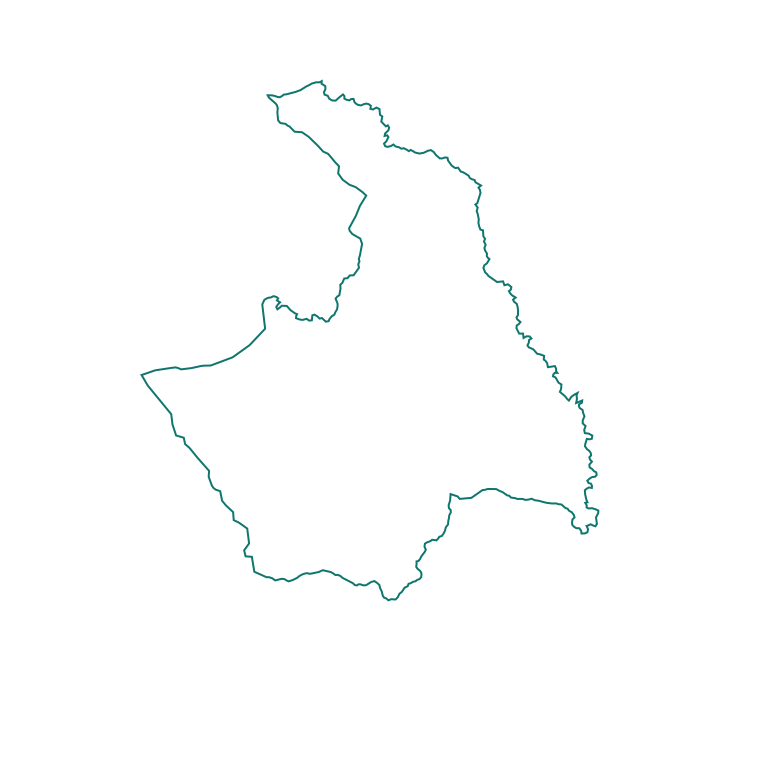 Corguinho, Mato Grosso do Sul, Brazil, rotated 303°
{"feature_id": "56859067B58244822602525", "entity_name": "Corguinho", "entity_type": "district", "adm_level": 2, "iso_a3": "BRA", "parent_name": "Brazil", "parent_adm1": "Mato Grosso do Sul", "projection": "orthographic", "projection_center": [-55.002, -19.811], "detail": "fine", "context": "isolated", "style": "outline", "palette": "teal", "viewbox_px": 768, "rotation_deg": 303, "n_neighbors": 0, "source": "geoboundaries", "source_scale": "gbopen_adm2", "svg_char_len": 6166}
<svg xmlns="http://www.w3.org/2000/svg" viewBox="0 0 768 768"><g transform="rotate(303 384 384)"><path d="M366.2,631.0L368.0,633.8L370.4,635.3L373.3,634.3L375.3,631.2L377.0,632.6L378.9,633.7L379.2,636.4L379.8,638.8L382.6,638.8L387.5,634.5L392.5,633.9L394.6,632.7L394.2,629.8L393.1,626.0L391.1,623.5L390.8,621.2L392.6,620.1L394.0,617.5L395.6,619.1L397.3,616.6L400.9,612.9L404.3,610.3L406.6,611.0L408.9,612.3L410.0,614.9L411.9,613.9L413.1,611.8L412.4,609.4L413.6,607.2L417.1,608.1L419.5,609.4L421.1,611.5L423.6,611.9L425.5,610.1L425.3,607.6L426.1,604.6L426.0,601.9L428.3,600.1L432.1,600.7L432.9,597.8L434.5,596.1L436.9,596.6L438.7,595.0L439.7,592.7L439.9,589.8L441.2,586.5L443.3,585.5L448.4,584.0L449.6,586.6L451.3,588.1L454.2,586.8L453.9,582.7L452.2,579.2L454.5,576.9L458.5,576.0L459.2,572.1L461.7,570.5L466.1,569.7L468.0,567.0L470.4,564.6L470.4,561.4L471.4,559.6L473.2,558.7L476.1,560.2L478.1,559.2L472.7,555.5L476.5,554.0L479.3,551.7L481.9,551.2L478.9,549.5L475.4,548.1L470.8,548.1L471.2,545.7L472.3,542.6L473.2,535.8L476.1,535.3L480.2,533.1L480.2,529.6L482.9,524.3L482.5,521.5L484.4,520.8L486.5,521.2L487.7,523.3L488.6,521.2L490.5,520.1L492.1,517.6L487.4,512.3L490.3,509.5L491.4,506.8L491.5,504.7L494.8,502.9L493.9,498.8L492.8,495.9L494.4,490.3L493.6,485.4L494.5,483.3L497.7,482.9L499.8,481.7L502.5,482.8L503.2,480.2L501.6,477.5L498.6,476.0L502.0,473.1L499.9,469.9L503.0,464.6L505.4,463.5L507.9,464.5L510.3,464.7L510.8,460.5L512.1,458.8L514.5,458.9L518.2,456.7L521.3,454.2L523.5,451.7L523.9,448.1L525.0,446.3L528.2,447.3L528.1,443.2L528.7,440.6L529.9,438.2L532.2,439.0L534.7,438.0L535.1,433.6L532.4,431.2L534.9,428.0L531.1,423.2L531.5,412.8L532.3,410.5L532.7,408.1L535.5,404.1L538.3,403.5L541.2,404.6L546.2,404.4L546.4,402.2L547.4,400.4L549.5,399.3L551.0,396.1L552.8,394.1L556.0,393.5L558.0,390.2L560.8,389.7L561.9,387.0L566.8,383.3L566.0,380.8L568.0,378.0L570.6,375.4L573.6,373.9L577.9,369.7L579.4,367.6L583.0,366.5L584.3,362.9L586.4,363.8L596.7,360.9L599.0,358.8L600.2,356.3L603.3,357.3L603.0,350.8L604.4,349.0L603.5,345.7L603.6,343.5L604.8,341.7L604.7,335.2L604.0,332.5L605.8,328.4L603.9,326.1L604.0,321.9L606.3,316.0L608.3,314.1L607.3,311.8L605.1,310.2L603.6,308.0L604.3,303.0L605.6,299.5L605.7,295.9L603.5,293.8L599.6,291.4L596.6,288.3L595.0,283.8L595.1,281.6L594.8,278.9L592.8,278.0L592.9,275.3L592.5,272.2L590.8,270.4L590.7,267.6L589.5,264.2L590.0,261.5L587.2,260.1L584.7,257.7L584.1,255.5L585.6,253.1L589.0,253.8L593.5,253.2L594.3,251.2L592.4,249.4L594.8,248.5L599.1,249.5L601.8,248.7L603.0,246.3L601.1,245.3L602.6,238.8L607.4,236.9L607.6,234.0L612.1,230.5L611.7,227.1L608.3,225.3L607.3,222.8L610.2,221.4L610.3,218.5L609.5,216.4L607.6,214.6L605.1,213.0L604.0,210.3L603.8,208.1L604.4,205.6L606.5,203.2L605.0,201.2L603.1,200.6L602.0,198.0L601.8,195.3L603.9,194.0L604.5,191.9L600.1,190.4L595.3,189.1L593.6,186.1L593.4,182.8L595.1,179.8L594.3,176.6L596.0,174.7L599.3,174.3L601.9,172.5L601.8,168.1L604.1,166.8L601.8,165.5L600.0,162.7L596.5,159.7L593.8,158.4L591.5,156.9L585.0,153.9L580.6,150.6L573.8,144.4L572.1,142.3L569.8,141.6L567.7,140.4L566.7,138.2L566.2,135.8L565.0,132.7L562.8,129.2L561.5,131.5L560.2,140.4L559.4,142.5L557.3,144.8L553.6,146.7L547.4,151.7L546.4,155.0L548.5,159.6L548.2,162.5L548.5,164.6L546.9,171.6L550.5,178.1L550.3,186.1L547.8,198.8L545.8,206.4L546.6,211.8L543.3,222.6L542.1,227.7L535.6,230.9L532.8,238.1L532.3,246.6L533.7,252.9L533.2,261.6L532.3,266.5L520.2,266.8L510.0,268.8L495.6,269.9L493.9,271.6L492.5,275.7L493.0,284.9L489.6,289.3L478.9,293.7L475.1,294.8L473.5,296.6L470.4,297.2L467.9,299.7L458.7,299.3L456.3,296.1L452.9,295.8L450.8,293.2L446.2,294.0L443.3,293.3L440.5,295.5L434.1,298.2L431.9,297.2L429.2,296.9L426.3,301.1L424.4,302.5L420.9,304.0L417.5,304.1L415.1,304.6L412.4,303.3L409.0,302.9L406.5,303.3L404.6,301.3L405.5,296.0L403.8,294.4L404.4,291.3L404.3,287.9L402.6,286.5L398.1,288.8L396.4,286.7L396.5,283.6L393.3,280.7L392.1,277.9L391.3,274.4L393.0,273.4L395.2,273.1L394.8,270.8L395.0,265.6L396.5,259.9L394.0,255.7L391.3,255.0L388.6,253.9L389.9,251.7L392.8,251.7L395.9,252.3L395.8,248.7L398.2,248.6L398.4,246.3L397.5,243.5L395.0,242.0L393.0,239.7L389.5,237.8L384.4,238.6L365.6,254.2L343.3,250.1L323.9,242.5L305.1,228.6L301.1,222.7L299.2,220.5L292.6,214.0L285.8,205.9L285.3,202.9L284.5,200.3L282.3,197.6L270.9,184.7L259.5,175.8L254.0,186.8L242.8,222.0L234.9,228.6L227.6,237.7L229.9,245.3L225.3,249.9L224.5,255.6L220.5,268.0L215.9,284.6L210.7,287.5L205.1,294.9L204.0,297.4L203.7,300.2L204.9,305.0L197.9,311.8L196.1,317.5L194.4,327.2L188.0,332.1L188.7,337.7L188.3,348.0L176.8,357.7L168.3,357.3L164.1,361.8L167.1,367.3L155.9,377.5L158.0,390.8L159.3,392.6L160.2,396.1L160.0,399.7L165.0,404.4L166.2,407.0L166.1,409.1L166.6,411.6L170.3,414.5L174.5,416.9L176.6,417.5L179.8,419.2L182.1,421.0L183.5,422.6L184.4,425.2L186.1,427.0L190.7,431.6L194.5,434.1L197.3,441.8L197.5,444.8L197.3,447.1L198.8,449.4L199.3,452.2L198.8,454.6L200.0,466.3L199.5,469.1L200.3,471.0L202.2,471.8L203.3,473.7L203.8,476.2L205.4,478.5L211.0,481.1L213.5,483.3L213.4,486.8L212.9,489.6L210.6,492.0L209.1,494.7L205.7,498.4L204.9,500.3L205.4,502.5L205.0,505.5L207.5,507.3L209.6,511.1L212.8,511.7L216.5,511.2L219.4,512.2L224.4,512.2L227.3,514.0L229.8,513.4L231.5,514.9L233.8,516.0L235.7,517.8L237.9,518.6L239.7,520.0L242.2,520.4L244.7,519.2L246.2,517.8L247.0,515.7L247.3,512.7L248.2,510.6L250.7,509.4L252.9,507.9L254.4,509.3L256.7,509.6L259.5,509.2L265.8,509.6L267.8,509.3L269.7,506.5L272.4,505.3L274.8,506.4L277.3,508.4L279.6,509.2L281.4,513.1L283.7,513.6L286.0,513.6L288.1,515.3L291.5,515.4L294.3,515.0L297.4,513.9L301.1,514.2L304.4,512.4L307.0,511.5L309.2,510.3L312.8,509.9L314.6,508.6L315.2,506.2L317.4,504.3L322.3,502.9L327.9,499.8L329.8,506.9L328.9,510.1L336.1,519.3L348.7,524.4L350.3,526.4L352.5,528.2L357.0,535.4L357.3,539.4L357.9,542.1L357.7,548.0L358.5,549.9L357.9,552.3L359.7,556.2L360.3,558.6L363.1,562.8L363.7,565.5L365.5,567.9L368.2,570.3L368.6,573.6L370.4,577.5L372.7,584.6L375.3,590.0L377.6,593.4L378.3,596.0L379.6,598.4L378.8,603.8L379.4,605.9L378.5,608.2L378.7,611.5L377.5,614.6L375.8,616.5L373.1,615.8L370.3,617.1L368.5,618.5L367.8,620.7L367.8,623.7L369.4,626.4L368.2,629.4L366.2,631.0Z" fill="none" stroke="#0f766e" stroke-width="2"/></g></svg>